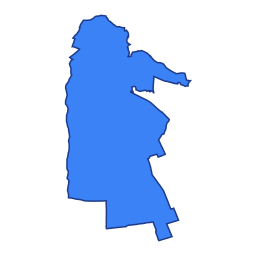 Blajani, Buzau, Romania (Robinson projection)
{"feature_id": "2599482B90887320089093", "entity_name": "Blajani", "entity_type": "district", "adm_level": 2, "iso_a3": "ROU", "parent_name": "Romania", "parent_adm1": "Buzau", "projection": "robinson", "projection_center": [26.819, 45.297], "detail": "fine", "context": "isolated", "style": "filled", "palette": "blue", "viewbox_px": 256, "rotation_deg": 0, "n_neighbors": 0, "source": "geoboundaries", "source_scale": "gbopen_adm2", "svg_char_len": 5609}
<svg xmlns="http://www.w3.org/2000/svg" viewBox="0 0 256 256"><path d="M169.2,119.4L167.5,117.6L164.7,114.8L162.6,112.7L162.4,112.3L162.0,112.5L157.4,108.7L156.1,107.5L155.2,106.6L150.8,102.7L147.8,100.7L146.7,100.1L146.4,100.0L130.7,92.2L131.2,91.1L131.5,91.3L133.1,92.1L133.1,91.6L132.9,91.3L132.0,90.7L132.1,89.5L132.1,88.8L132.0,87.9L131.8,87.2L133.0,86.8L133.5,86.5L134.0,86.4L134.5,86.4L135.1,86.6L135.5,87.1L136.2,89.1L135.9,89.7L137.4,90.3L139.4,91.2L140.6,91.3L141.8,90.9L143.2,90.7L145.7,90.2L146.2,90.5L146.8,91.3L147.6,90.9L149.7,90.5L150.0,90.6L149.9,90.7L149.4,91.0L149.2,91.4L149.4,91.6L149.7,91.7L150.2,91.7L151.0,91.4L151.3,91.2L151.7,91.1L152.4,91.4L153.2,92.0L153.4,92.6L153.7,92.7L153.7,92.1L153.4,91.3L153.0,88.2L153.2,87.5L153.3,84.7L153.6,80.8L153.8,79.9L153.9,78.7L153.6,77.9L153.7,77.2L153.8,76.5L157.3,77.9L161.7,79.9L165.2,81.2L166.3,81.4L167.2,81.3L167.7,81.6L168.3,81.8L173.2,83.0L173.4,83.3L177.8,83.9L177.9,83.5L177.9,82.5L179.9,82.7L181.0,84.7L182.2,84.9L184.0,85.7L185.4,86.4L186.1,86.0L187.2,85.9L188.0,86.1L188.1,85.8L188.1,84.4L188.2,83.6L188.4,83.2L190.5,80.6L189.0,80.6L188.7,80.5L187.0,80.3L186.7,80.1L186.5,79.9L186.3,79.1L185.8,77.5L185.4,75.4L185.0,74.2L184.8,73.3L184.3,73.3L183.4,73.1L181.8,72.9L180.9,73.0L178.1,73.5L176.7,73.6L175.8,73.5L175.1,73.0L174.3,72.7L171.0,70.9L169.4,69.9L165.8,67.4L164.8,65.7L163.7,64.3L162.8,63.6L162.3,63.4L160.8,62.9L159.8,62.6L158.1,62.7L157.1,62.4L154.2,60.5L153.7,60.1L152.9,59.1L151.9,58.0L151.5,57.3L151.3,57.1L150.9,56.8L150.2,56.7L150.4,56.0L150.0,55.6L149.3,55.2L147.2,53.2L144.0,51.6L141.7,50.6L140.7,50.6L140.4,50.7L140.0,51.0L139.4,51.1L138.4,50.9L138.4,51.1L138.2,51.2L137.6,51.1L137.4,51.3L134.8,51.9L133.9,52.0L133.4,52.1L132.6,52.2L132.3,52.6L132.0,53.8L131.2,54.4L131.4,55.0L131.1,55.9L130.8,56.4L130.4,56.5L129.7,56.4L129.1,56.5L128.7,56.7L128.0,56.6L128.4,55.9L128.7,55.6L128.9,55.1L129.1,53.4L129.3,53.1L129.3,52.9L129.3,52.4L128.8,51.2L128.3,50.4L128.2,49.7L128.1,47.9L127.4,47.4L128.2,45.5L128.3,45.5L130.1,44.5L128.3,43.4L127.4,42.7L127.0,42.1L126.8,40.4L126.9,39.1L127.8,38.1L127.8,37.3L127.6,36.8L128.5,36.8L128.5,34.5L128.2,33.1L127.8,32.1L127.0,31.0L126.2,30.1L124.9,31.1L124.7,30.2L124.3,29.8L124.4,28.8L124.6,27.8L124.2,27.7L123.8,27.7L123.2,27.7L122.3,27.7L121.2,27.4L119.6,26.7L119.0,26.6L118.2,26.8L116.6,26.6L116.0,26.4L115.1,25.7L114.2,24.8L113.6,24.6L113.1,24.2L112.7,23.6L111.6,22.8L110.7,21.9L110.0,21.4L108.9,20.9L108.1,19.8L108.0,19.5L107.9,19.1L107.9,18.9L107.2,18.3L107.2,18.1L107.0,17.7L106.1,16.9L105.9,16.0L103.8,15.7L100.7,15.4L100.1,15.5L99.5,16.0L97.6,16.0L95.6,16.4L95.0,16.8L93.3,18.4L91.9,19.2L91.6,19.2L91.4,19.3L91.0,19.8L90.3,20.0L87.0,20.3L83.4,20.3L80.9,24.0L80.4,25.0L80.0,26.3L80.0,26.9L79.7,27.0L79.4,27.5L79.5,27.6L79.9,27.8L79.5,28.9L79.4,29.9L79.2,30.3L78.3,31.8L77.9,32.2L77.2,33.2L76.7,34.1L75.4,35.0L72.9,38.1L74.9,38.8L74.1,41.1L72.2,46.7L73.2,46.7L73.6,46.8L75.2,47.4L77.0,48.1L79.4,49.0L79.6,49.1L79.1,49.7L78.4,50.3L76.6,52.1L75.7,52.7L72.8,55.1L69.7,57.4L70.9,58.4L72.7,59.4L71.9,59.8L71.6,60.1L71.1,60.6L70.6,61.5L70.1,62.3L69.9,63.3L69.5,63.7L69.5,64.1L69.6,64.5L70.1,65.6L70.3,66.7L70.5,67.0L70.9,67.8L71.0,68.6L70.9,70.0L70.9,72.4L71.0,74.0L71.6,74.7L71.7,75.1L71.6,75.4L71.1,76.0L70.8,76.8L69.3,79.0L69.1,79.6L68.9,80.5L68.4,81.6L67.7,82.7L66.4,84.4L65.9,85.4L65.8,86.2L65.7,87.0L65.6,87.8L65.7,88.7L65.9,89.0L66.0,89.3L66.3,90.7L66.4,91.1L66.6,92.3L66.7,93.0L67.3,94.7L66.6,96.9L66.7,97.4L66.3,98.5L65.9,99.7L65.5,101.8L65.6,104.1L65.8,104.3L66.1,104.4L66.3,104.7L66.8,105.4L67.9,107.7L68.0,108.1L67.9,110.4L67.6,112.2L67.0,113.9L66.9,114.7L66.5,115.7L66.5,116.4L66.6,117.5L66.5,118.8L66.5,121.0L66.9,123.1L67.4,124.7L67.4,125.8L68.5,128.4L68.6,130.1L68.8,131.5L69.4,134.8L69.5,136.2L69.6,136.5L69.6,137.0L69.5,137.4L68.7,140.2L68.6,140.7L68.6,141.6L68.7,142.2L69.0,143.0L69.2,143.4L69.3,143.8L69.2,144.2L69.2,146.2L69.2,146.7L69.1,149.4L68.7,151.8L68.2,153.1L68.1,154.9L68.0,155.4L67.7,156.5L67.5,157.5L67.0,159.4L67.0,161.5L67.0,162.5L66.9,165.6L67.0,168.8L67.2,169.5L68.3,171.5L68.3,172.3L68.3,172.7L67.9,174.3L67.8,175.4L67.5,176.5L67.1,178.0L67.1,178.3L67.3,178.7L68.3,179.6L68.6,180.1L68.8,180.4L68.8,180.7L68.8,182.2L68.7,183.3L68.5,184.5L68.1,186.1L68.1,186.5L67.5,190.5L67.9,191.7L68.3,193.2L68.6,195.6L68.5,197.8L71.6,198.0L74.7,198.8L77.4,199.3L78.8,199.4L81.1,199.8L84.1,200.7L85.4,200.9L87.1,201.0L94.7,201.1L102.4,201.0L106.2,200.8L106.2,203.7L106.4,209.0L106.4,212.9L106.3,221.8L106.3,224.9L106.2,226.4L106.3,227.9L106.5,228.7L124.7,226.7L125.4,226.8L126.0,226.6L126.7,226.0L127.3,225.6L129.2,225.1L130.3,225.1L132.9,224.8L135.8,224.5L139.8,223.8L142.6,223.6L147.5,222.6L150.1,222.5L153.1,221.9L153.5,223.2L154.1,224.9L155.1,226.9L155.4,228.2L155.7,228.7L156.2,230.1L156.3,230.4L156.1,230.8L155.8,231.1L155.8,231.8L155.9,232.8L156.2,233.7L156.7,234.7L158.3,239.7L158.9,240.6L172.0,236.6L166.6,223.8L178.5,220.2L175.4,212.3L173.7,208.2L170.8,209.1L168.5,203.3L168.1,202.1L166.6,198.4L164.5,193.2L163.5,190.7L159.4,184.7L158.3,183.4L155.6,179.5L152.4,175.2L151.8,173.6L151.4,170.7L150.8,168.7L150.7,167.6L150.4,166.5L149.3,162.9L148.0,159.3L147.7,158.8L148.6,158.6L148.9,158.3L149.2,158.0L149.6,157.3L149.7,156.4L156.8,154.2L158.2,157.1L162.0,155.7L165.2,154.3L165.3,154.2L162.8,148.8L160.4,143.9L160.2,143.3L159.9,142.8L159.0,140.7L158.5,140.1L158.8,139.7L159.8,138.0L161.2,136.0L161.4,135.6L161.6,135.0L161.7,134.7L162.1,134.4L163.5,134.1L163.8,134.0L164.0,133.7L164.6,131.7L165.6,129.7L165.8,129.1L166.4,125.0L166.9,123.4L167.3,122.6L168.2,121.8L168.7,121.1L168.9,120.8L169.2,119.4Z" fill="#3b82f6" stroke="#1e3a8a" stroke-width="1.5"/></svg>